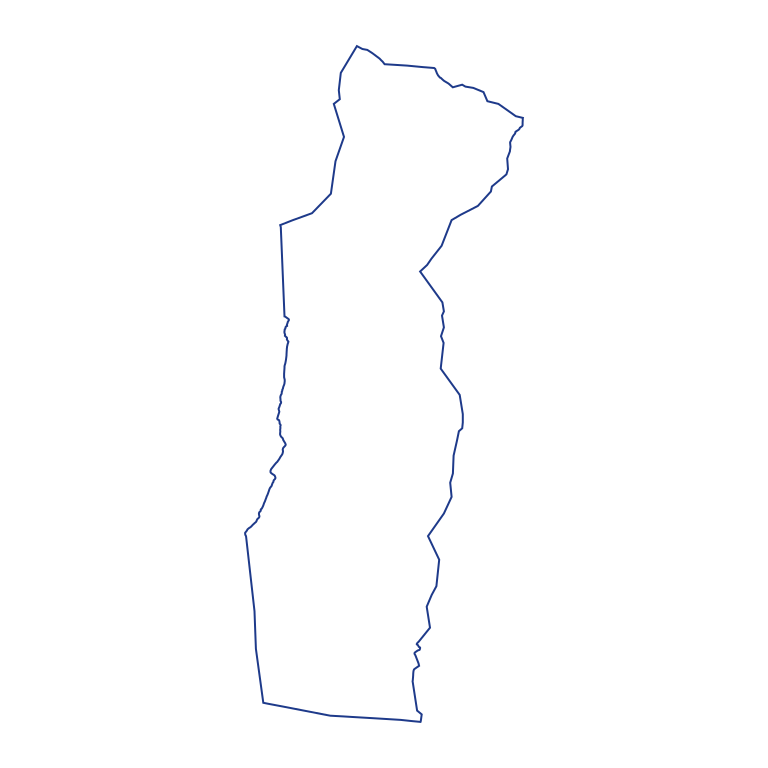 outline of Bayan-O'ndor, Bayanhongor, Mongolia
{"feature_id": "93677404B33284424031377", "entity_name": "Bayan-O'ndor", "entity_type": "district", "adm_level": 2, "iso_a3": "MNG", "parent_name": "Mongolia", "parent_adm1": "Bayanhongor", "projection": "mercator", "projection_center": [98.192, 43.835], "detail": "fine", "context": "isolated", "style": "outline", "palette": "blue", "viewbox_px": 768, "rotation_deg": 0, "n_neighbors": 0, "source": "geoboundaries", "source_scale": "gbopen_adm2", "svg_char_len": 6017}
<svg xmlns="http://www.w3.org/2000/svg" viewBox="0 0 768 768"><path d="M522.9,117.9L515.8,116.2L498.4,103.9L487.4,101.2L483.5,92.1L473.3,87.9L465.4,86.6L462.2,84.7L452.8,87.3L448.7,83.7L447.8,83.1L446.1,82.1L444.1,80.9L442.7,79.7L442.2,79.2L441.9,79.0L441.2,78.2L440.2,77.6L439.8,77.5L439.5,77.1L438.9,76.3L438.2,75.6L437.2,73.8L436.8,73.0L436.3,71.6L435.8,70.5L435.2,68.8L434.1,68.0L429.1,67.6L422.8,67.1L407.1,65.6L384.6,64.2L382.6,61.6L381.4,60.5L379.6,58.6L372.1,53.0L367.3,49.9L362.4,49.0L356.9,46.1L340.8,72.9L338.8,90.2L339.8,99.2L333.8,103.9L344.0,136.9L335.5,161.2L330.9,193.7L312.0,213.2L292.7,220.2L280.2,225.1L280.8,227.1L284.5,316.4L285.0,316.5L285.7,317.0L286.3,317.4L286.8,317.8L287.4,318.2L287.8,318.5L288.4,318.9L288.7,319.2L288.9,319.7L288.9,320.0L288.7,320.5L288.3,321.1L288.1,321.5L287.9,321.8L287.7,322.1L287.7,322.4L287.5,323.1L287.4,323.4L287.2,323.9L287.0,324.5L286.9,324.8L287.0,325.2L287.1,325.6L287.1,325.8L286.7,325.8L286.5,326.0L286.4,326.2L286.2,326.5L285.9,326.7L285.7,326.9L285.6,327.1L285.6,327.4L285.4,327.9L285.4,328.4L285.3,328.7L285.2,328.9L284.8,329.2L284.7,329.6L284.6,329.8L284.6,330.3L284.6,330.6L284.6,330.9L284.5,331.1L284.5,331.4L284.4,331.7L284.4,332.2L284.5,332.7L284.6,333.3L284.8,333.7L285.1,334.8L285.0,335.3L284.9,335.8L285.1,336.0L285.5,336.3L285.9,336.8L286.3,337.0L286.6,337.3L287.0,337.9L287.0,338.5L286.9,339.0L286.9,339.4L287.0,339.7L287.3,340.1L287.6,340.6L287.7,340.8L288.2,341.3L288.4,341.6L288.4,341.9L288.2,342.2L288.1,342.7L288.0,343.1L287.7,343.9L287.5,344.7L287.3,345.7L287.1,346.5L287.0,347.1L287.0,347.6L286.8,348.9L286.8,349.7L286.7,350.9L286.6,352.6L286.5,354.7L286.5,355.4L286.4,356.3L286.3,357.2L286.1,358.7L286.0,359.7L285.9,360.1L285.8,360.8L285.3,363.4L284.7,365.3L284.5,366.4L284.5,367.8L284.2,372.2L284.2,372.5L284.1,373.7L284.1,374.6L284.1,376.0L284.1,376.6L284.1,377.2L284.4,378.5L284.7,379.7L284.7,380.5L284.7,381.4L284.5,382.9L284.5,383.3L284.3,384.1L284.1,384.8L283.4,386.5L283.0,388.0L283.0,388.3L282.9,388.6L282.6,389.2L282.4,389.6L282.3,389.8L282.3,390.3L282.3,390.7L282.2,390.8L282.1,391.1L281.9,391.6L281.7,392.0L281.8,392.6L281.7,393.3L281.5,394.1L281.0,394.8L280.6,395.8L280.4,396.6L280.3,397.1L280.3,397.5L280.4,397.9L280.4,398.7L280.5,399.5L280.5,400.6L280.5,400.8L280.7,401.2L281.1,402.0L281.1,402.4L280.9,403.3L280.8,403.5L280.4,403.8L280.2,404.2L279.8,405.5L279.4,406.8L278.7,408.5L278.6,408.8L278.7,409.5L279.1,410.9L279.3,411.5L279.2,412.2L278.0,415.9L277.4,418.0L277.2,418.7L277.3,418.9L277.6,419.5L278.0,419.7L278.6,419.9L279.1,420.3L279.4,421.3L279.6,422.5L279.6,423.3L279.7,423.7L280.5,424.7L280.6,425.3L280.6,425.5L280.4,426.1L280.3,426.5L280.3,427.0L280.4,427.7L280.4,428.1L280.3,428.8L280.2,429.3L280.2,430.5L280.3,431.4L280.2,432.4L280.1,433.3L280.1,433.9L280.1,434.2L280.1,434.5L280.2,434.9L280.3,435.1L280.6,435.8L280.8,436.2L281.2,436.8L281.7,437.3L282.3,437.8L282.5,438.0L282.7,438.4L283.1,439.3L283.2,439.9L283.4,440.3L284.1,441.4L284.7,442.4L285.3,443.4L285.6,444.4L285.7,444.8L285.5,445.2L285.3,445.6L284.7,446.3L284.1,446.9L283.4,447.7L283.0,448.4L282.8,449.3L282.7,449.8L282.9,450.4L283.0,451.5L282.9,452.1L282.5,453.7L282.1,454.5L281.3,455.7L280.7,456.5L280.2,457.3L279.5,458.6L278.5,460.1L277.9,460.9L277.3,461.8L276.3,462.7L274.6,464.7L273.2,466.5L271.4,468.8L271.0,469.4L270.9,469.8L270.6,470.5L270.5,470.8L270.5,471.3L270.5,472.0L270.6,472.4L271.0,472.9L271.6,473.4L272.1,473.8L273.8,474.9L274.4,475.3L274.5,475.4L274.8,475.8L274.9,476.2L275.3,477.1L275.4,477.4L275.4,477.9L275.4,478.2L275.1,478.7L275.0,479.0L274.6,479.4L274.4,479.6L273.9,480.1L273.7,480.4L273.5,481.1L273.4,481.9L272.7,482.8L272.1,484.3L271.7,485.6L271.3,486.4L270.8,486.9L270.4,487.4L270.1,487.8L269.7,488.6L269.4,489.3L268.9,490.8L268.7,491.5L268.4,492.2L268.1,493.2L267.3,495.2L266.6,496.6L266.5,497.0L266.4,497.4L266.1,498.2L265.7,499.2L265.2,500.6L264.9,501.4L264.0,503.3L263.5,504.9L262.9,506.4L262.3,507.6L261.7,508.7L261.0,509.2L260.9,509.4L260.7,509.8L260.7,510.1L260.8,510.5L260.7,510.8L260.6,511.0L260.3,511.3L260.1,511.6L259.5,512.0L259.3,512.3L259.1,512.7L259.0,513.5L258.9,513.8L259.0,514.4L259.1,515.2L259.4,516.0L259.4,516.5L259.2,517.2L258.8,517.8L257.8,518.7L257.3,519.2L256.8,520.2L256.6,520.6L256.5,521.1L256.2,521.6L256.0,521.9L255.7,522.2L255.2,522.6L254.6,523.1L253.9,523.8L253.1,524.5L252.5,525.1L251.9,525.8L251.4,526.3L250.7,527.0L250.3,527.3L249.4,527.8L248.5,528.5L247.7,529.2L247.4,529.5L247.0,530.4L246.8,530.7L246.4,531.2L245.5,532.3L245.2,532.7L245.2,532.9L245.1,533.1L245.2,534.0L245.3,534.8L245.5,535.2L245.9,535.9L246.1,536.7L254.5,611.2L254.7,616.6L255.9,648.8L263.3,702.8L267.8,703.7L283.2,706.6L300.8,710.0L321.4,714.0L330.3,715.7L343.0,716.4L351.1,716.9L373.2,718.2L387.9,719.1L400.8,719.9L411.1,721.0L420.5,721.9L420.8,721.0L421.7,714.4L417.1,710.6L412.8,682.5L412.6,681.4L412.8,680.1L412.9,678.7L413.0,677.8L413.2,675.0L413.2,674.2L413.3,672.9L413.4,671.8L413.6,670.6L414.0,669.5L414.6,668.9L419.1,665.8L418.5,663.3L415.4,655.3L414.6,654.0L414.5,653.3L414.7,652.7L415.4,652.1L417.7,650.5L419.2,650.0L419.6,649.8L419.8,649.4L419.9,649.0L420.1,648.3L420.1,647.7L419.7,647.2L418.9,646.9L418.7,646.6L417.9,645.1L416.8,644.4L416.8,643.9L417.5,642.8L418.6,641.8L430.0,627.7L426.7,606.7L431.7,594.9L436.4,586.2L439.2,559.7L428.0,536.1L443.9,513.5L451.6,496.9L450.2,482.7L452.9,473.5L453.6,455.6L457.0,440.5L458.9,431.2L462.2,428.3L462.8,422.5L462.8,414.1L459.7,394.9L440.7,368.6L443.6,342.9L441.0,336.2L443.9,327.4L442.0,315.6L443.9,311.4L442.4,302.4L420.1,271.5L427.1,265.0L431.5,258.6L441.6,245.8L451.6,220.1L460.6,214.8L477.9,205.9L490.9,191.5L491.9,186.5L506.4,174.4L508.0,169.2L507.2,158.5L509.9,151.4L510.0,150.2L510.5,146.9L510.2,143.8L510.1,142.6L510.3,141.8L510.9,140.8L511.6,139.3L512.6,136.9L513.5,135.5L514.5,134.3L515.1,133.5L515.4,132.0L515.7,131.7L516.0,131.6L516.3,131.2L516.7,131.0L517.8,130.3L518.7,129.7L519.4,128.9L519.9,127.8L520.7,127.2L522.2,126.1L522.5,125.6L522.6,124.5L522.6,122.6L522.7,120.9L522.8,118.3L522.9,117.9Z" fill="none" stroke="#1e3a8a" stroke-width="2"/></svg>